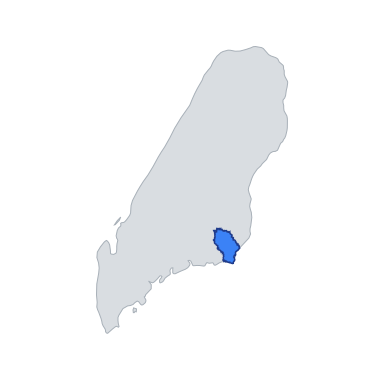 location of Besalampy, Melaky, Madagascar, rotated 192°
{"feature_id": "10022922B83460232588272", "entity_name": "Besalampy", "entity_type": "district", "adm_level": 2, "iso_a3": "MDG", "parent_name": "Madagascar", "parent_adm1": "Melaky", "projection": "albers", "projection_center": [45.158, -16.857], "detail": "fine", "context": "in_parent", "style": "filled", "palette": "blue", "viewbox_px": 384, "rotation_deg": 192, "n_neighbors": 0, "source": "geoboundaries", "source_scale": "gbopen_adm2", "svg_char_len": 8004}
<svg xmlns="http://www.w3.org/2000/svg" viewBox="0 0 384 384"><g transform="rotate(192 192 192)"><path d="M252.5,44.6L253.5,47.1L254.7,49.4L258.3,55.1L259.9,57.3L261.2,59.7L261.8,64.3L264.0,71.4L266.0,82.2L266.4,93.2L267.0,98.3L268.6,103.1L271.4,108.1L272.1,113.6L270.2,119.2L267.6,124.5L266.9,125.5L265.7,126.8L265.1,126.7L263.1,125.3L261.5,123.0L259.6,117.7L258.9,114.9L258.0,114.5L255.6,114.7L253.7,116.3L253.4,117.4L253.7,120.4L254.3,123.1L254.6,125.8L254.5,129.2L255.2,130.3L256.1,131.2L257.1,133.4L257.1,138.8L256.4,141.5L254.7,143.8L254.7,145.1L255.3,146.4L254.7,147.2L252.4,148.1L251.5,149.0L250.2,151.3L248.1,156.1L247.7,158.6L248.8,166.1L248.4,171.4L245.6,181.5L244.0,186.3L241.9,192.0L238.6,199.5L235.3,209.0L232.4,218.8L230.4,224.6L228.1,230.4L224.9,240.6L222.2,250.9L218.2,262.3L212.8,275.0L212.2,276.6L211.0,283.1L209.8,288.7L208.3,294.3L205.3,303.5L204.9,306.3L204.3,309.0L201.4,314.8L200.2,316.9L199.3,319.2L198.8,322.0L198.0,324.8L195.9,329.9L192.8,334.3L190.8,335.9L186.3,338.2L184.0,338.6L179.0,338.7L174.2,339.9L169.1,342.5L164.2,345.4L162.4,346.8L160.3,347.5L153.9,347.7L152.0,347.1L145.6,342.3L143.1,341.5L138.4,340.9L136.9,340.5L135.6,339.8L133.7,337.3L129.9,335.2L129.0,334.6L128.4,333.1L128.0,331.5L127.0,329.8L126.3,326.4L125.0,324.1L121.5,320.0L121.1,318.6L120.8,314.2L120.9,311.2L120.5,305.8L120.9,303.2L122.1,300.9L121.6,298.4L120.3,295.7L119.7,293.0L118.8,290.5L115.0,286.1L114.1,283.9L113.5,281.6L112.1,274.5L111.9,272.0L112.0,266.8L112.5,264.1L113.4,262.2L113.6,260.8L114.2,259.6L115.1,258.6L115.6,257.4L117.0,250.7L118.7,249.2L121.3,248.3L123.4,246.5L124.6,244.2L125.8,239.3L129.1,234.4L130.2,231.8L132.9,228.0L135.2,222.5L135.9,220.0L136.4,217.3L137.0,211.6L137.5,208.7L137.4,205.9L136.0,203.0L132.7,197.7L132.6,196.7L132.8,192.8L132.6,189.9L131.3,187.1L129.8,184.5L128.2,179.5L127.5,171.2L127.6,168.2L127.1,165.6L126.0,163.1L126.8,158.7L136.5,142.6L136.8,140.7L136.4,135.8L136.6,133.0L136.9,132.0L137.7,131.3L139.4,131.0L147.3,130.3L148.4,129.8L150.4,128.5L153.1,125.9L154.3,125.1L155.4,125.4L156.1,126.5L157.0,127.1L160.2,125.9L161.5,125.9L162.7,126.1L163.3,125.0L163.7,123.6L164.1,122.5L165.0,122.0L169.2,121.7L171.8,121.2L175.2,120.2L176.0,120.4L178.7,124.1L179.6,124.4L180.6,124.6L181.6,123.9L179.3,122.0L179.0,120.9L179.1,119.7L180.4,117.1L182.4,115.1L186.9,112.0L191.5,108.5L192.9,108.3L194.0,108.9L194.9,113.1L194.8,113.7L195.5,113.8L196.4,113.3L197.1,111.7L197.2,110.3L196.6,108.9L196.3,107.8L196.3,106.7L198.7,104.3L200.5,102.0L201.4,99.2L202.2,97.9L204.2,96.5L204.7,96.7L205.2,97.9L205.4,99.1L204.9,100.4L204.2,101.6L203.9,103.2L205.0,103.6L206.0,103.2L207.6,100.2L209.3,97.5L210.4,96.0L211.7,95.0L213.9,95.2L216.0,95.9L212.6,92.9L211.8,88.8L216.0,81.9L216.0,80.4L216.6,80.0L216.9,79.4L214.8,77.0L214.4,75.8L214.7,74.0L215.8,72.5L216.7,71.4L218.0,71.0L219.1,71.6L221.3,73.6L222.9,73.9L224.8,72.0L226.3,69.7L228.6,68.2L231.3,67.2L235.3,63.6L238.0,56.0L238.3,53.8L237.7,51.0L236.9,48.4L235.4,45.2L235.8,44.5L238.0,44.9L238.7,44.5L241.1,41.7L245.1,36.3L246.4,36.3L247.5,37.4L247.9,38.9L248.6,40.0L251.2,42.7L252.5,44.6ZM225.0,65.7L225.0,66.5L222.0,66.1L221.6,63.2L223.0,63.2L223.4,62.0L224.3,61.8L225.2,64.4L225.0,65.7ZM259.1,148.5L256.5,152.7L257.2,149.2L260.3,144.1L261.1,143.7L259.1,148.5Z" fill="#d9dde1" stroke="#a8b0b8" stroke-width="1"/><path d="M146.5,130.9L146.4,131.1L146.2,131.1L146.0,131.3L145.8,131.2L145.8,131.3L145.6,131.3L145.4,131.3L145.4,131.5L145.3,131.4L145.3,131.5L145.2,131.5L145.3,131.6L145.1,131.5L144.8,131.5L144.9,131.4L144.7,131.5L145.0,131.2L144.8,130.9L144.6,131.0L144.5,130.9L142.9,131.0L142.5,131.0L142.2,130.8L141.5,130.9L141.2,130.9L140.9,130.7L140.8,130.8L140.8,130.7L140.7,130.7L139.5,130.7L138.6,130.5L138.2,130.6L137.8,130.4L137.7,130.5L137.2,130.6L137.3,130.6L137.2,130.7L136.8,130.8L136.9,131.2L137.0,131.3L137.0,131.5L136.9,131.6L136.9,131.8L136.9,132.1L136.6,133.1L136.4,133.3L136.2,133.4L136.1,133.8L136.1,134.1L136.1,134.6L136.1,134.8L136.5,135.3L136.6,135.5L136.8,136.2L137.0,136.4L136.9,136.4L136.9,136.5L136.8,136.4L137.1,136.9L137.4,137.3L137.5,137.6L137.6,137.9L137.3,139.1L136.8,139.2L136.5,139.6L136.6,139.0L136.5,138.9L136.2,139.6L136.6,140.7L136.8,141.5L136.9,141.8L136.8,142.4L136.7,142.6L136.8,142.5L136.7,142.6L136.6,143.0L136.3,143.1L136.0,143.4L135.7,143.8L135.5,144.3L135.1,144.6L134.9,144.7L135.0,144.6L134.9,144.6L134.6,145.6L134.2,146.0L134.0,146.3L133.7,146.7L133.7,146.8L133.9,146.9L133.9,147.1L134.1,147.1L134.1,147.3L134.2,147.6L134.4,147.9L134.4,148.0L134.4,148.5L134.7,148.6L134.9,148.6L135.1,148.8L134.9,148.7L134.9,148.8L134.9,149.1L135.2,149.3L135.2,149.5L135.3,149.6L135.2,149.6L135.3,149.7L135.5,149.6L135.8,149.8L135.6,149.8L136.0,150.0L136.0,149.9L136.3,150.0L136.4,149.9L136.6,150.0L136.7,149.8L136.8,150.0L136.7,150.3L136.9,150.2L136.9,150.3L137.1,150.4L137.1,150.8L137.3,150.9L137.4,151.1L137.7,151.0L138.0,151.1L138.1,151.4L138.2,151.5L138.5,151.9L138.7,152.0L138.9,152.0L139.0,152.2L138.9,152.3L139.0,152.5L138.9,152.7L139.0,152.8L139.2,152.7L139.3,152.9L139.3,153.1L139.8,153.6L140.1,153.8L140.4,153.9L140.5,153.9L141.0,153.9L141.4,154.0L141.6,153.8L141.7,154.1L142.0,154.7L141.9,154.8L141.9,155.0L142.2,155.0L142.1,155.4L142.3,155.5L142.4,155.8L142.3,156.0L142.6,156.1L142.8,156.1L143.1,156.1L143.6,156.2L143.8,156.2L143.8,156.3L143.8,156.5L144.0,156.5L143.9,157.3L144.0,157.4L143.8,157.7L144.0,158.1L144.0,158.3L144.7,158.6L144.9,158.6L145.3,158.9L145.7,158.9L145.9,159.1L146.1,159.3L146.1,159.6L146.6,160.2L146.6,160.5L146.7,160.8L146.8,160.6L147.3,160.5L147.6,160.7L147.9,160.6L148.2,160.4L148.2,160.2L148.3,160.2L148.6,160.4L148.7,160.7L149.0,160.6L149.4,160.4L149.5,160.6L150.0,160.9L150.2,161.3L150.4,161.2L150.6,161.3L151.0,161.0L151.4,160.9L151.7,160.9L151.8,161.1L152.1,161.1L152.3,160.5L152.5,160.5L152.8,160.4L153.1,160.6L153.4,160.7L153.5,160.6L153.7,160.9L154.0,161.0L154.1,160.9L154.5,161.2L154.8,161.5L154.9,161.3L155.1,161.3L155.4,161.1L155.5,161.1L155.8,161.5L156.1,161.8L156.2,162.0L156.4,161.5L156.5,161.3L156.8,161.5L156.8,161.4L157.2,161.3L157.4,161.4L157.6,161.6L157.7,161.3L158.0,161.3L158.0,161.2L158.3,161.5L158.5,161.4L158.7,161.6L158.8,161.5L159.2,161.5L159.4,161.3L159.6,161.6L160.0,161.8L159.9,161.7L160.1,161.6L159.9,161.2L160.0,161.0L159.9,160.9L159.8,160.7L160.0,160.6L160.1,160.4L160.0,160.2L159.9,160.0L159.7,160.1L160.1,159.0L159.9,158.7L159.7,158.5L159.7,158.3L159.9,158.4L160.1,158.3L160.4,158.7L160.6,158.9L161.1,159.0L161.3,158.9L161.4,159.0L161.5,159.1L161.8,158.8L161.9,158.6L162.2,158.6L162.3,158.9L162.7,158.8L162.4,158.4L162.1,158.3L162.1,158.2L162.0,157.8L161.9,157.7L161.7,157.5L161.6,157.3L161.2,157.2L160.9,156.9L161.1,156.7L161.1,156.4L161.2,155.9L161.1,155.7L160.8,155.6L160.7,155.5L160.8,155.3L160.6,154.9L160.7,154.7L160.6,154.4L160.6,154.1L160.1,152.9L160.1,152.7L160.3,152.5L160.2,152.3L160.4,152.1L160.3,151.9L160.1,151.6L160.3,151.2L160.1,150.6L160.1,150.3L160.3,150.2L160.4,150.3L160.5,150.2L161.0,149.5L160.7,149.2L160.3,149.2L159.8,149.0L159.7,148.8L159.9,148.4L159.5,148.0L159.5,147.6L159.5,147.2L159.3,146.7L158.6,146.2L157.9,146.1L157.7,146.0L157.5,145.5L157.1,145.2L156.5,145.0L156.3,145.0L156.1,144.8L155.9,144.9L155.8,144.7L155.7,144.7L155.7,144.3L155.7,144.2L155.5,143.9L155.4,143.8L155.2,143.5L155.3,143.4L155.5,142.9L155.4,142.8L155.3,142.7L155.5,142.2L155.4,142.0L155.2,142.1L154.9,142.0L154.7,142.1L154.6,141.9L154.5,142.0L154.5,141.9L154.3,142.1L154.1,142.0L154.1,141.6L154.0,141.4L153.6,141.1L153.5,140.8L153.3,140.8L153.1,140.9L152.7,141.0L152.4,140.8L152.2,140.7L151.7,140.2L151.3,139.8L151.1,139.7L151.0,139.4L150.6,139.9L150.3,139.5L150.0,139.6L149.8,139.5L149.3,139.4L149.6,139.0L149.6,138.8L149.6,138.7L149.4,138.5L149.4,138.3L149.4,138.2L149.2,138.3L148.7,137.9L148.3,137.9L148.1,137.5L148.0,137.3L148.1,137.0L148.1,136.5L147.9,136.1L147.6,135.9L147.6,135.7L147.7,135.2L147.8,134.4L147.7,134.1L147.6,133.8L147.4,133.3L147.4,132.8L147.5,132.3L147.6,132.2L147.6,131.9L147.4,131.9L147.3,132.0L147.2,132.0L147.2,131.9L146.8,131.3L146.5,130.9Z" fill="#3b82f6" stroke="#1e3a8a" stroke-width="1.5"/></g></svg>